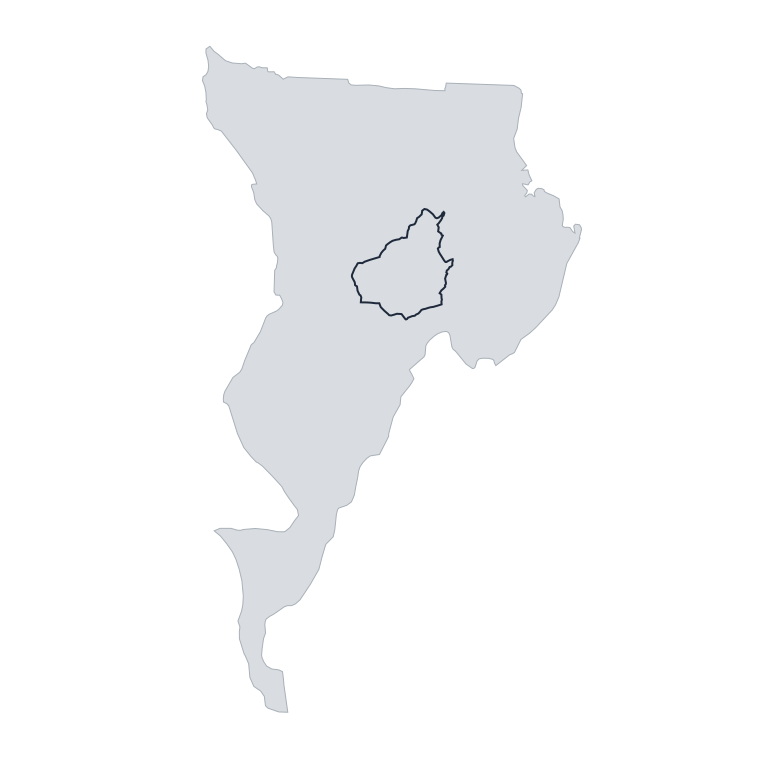 location of Mbam-et-Kim, Centre, Cameroon, rotated 182°
{"feature_id": "32672807B95944109326060", "entity_name": "Mbam-et-Kim", "entity_type": "district", "adm_level": 2, "iso_a3": "CMR", "parent_name": "Cameroon", "parent_adm1": "Centre", "projection": "natural_earth1", "projection_center": [11.781, 5.302], "detail": "fine", "context": "in_parent", "style": "outline", "palette": "slate", "viewbox_px": 768, "rotation_deg": 182, "n_neighbors": 0, "source": "geoboundaries", "source_scale": "gbopen_adm2", "svg_char_len": 5805}
<svg xmlns="http://www.w3.org/2000/svg" viewBox="0 0 768 768"><g transform="rotate(182 384 384)"><path d="M193.2,536.6L194.7,532.1L205.5,510.9L212.3,477.0L215.4,469.0L218.6,463.7L234.3,445.7L240.2,439.9L248.7,433.3L254.7,420.1L256.8,418.7L259.4,417.6L272.9,406.3L274.2,408.5L275.0,411.2L276.0,412.4L280.4,413.3L286.4,413.2L289.9,412.4L291.8,410.2L293.6,403.9L294.7,402.8L296.1,402.5L302.7,406.8L313.5,419.1L316.3,421.3L317.5,423.7L319.8,434.9L321.2,437.6L323.5,438.8L327.7,438.1L332.1,436.1L336.0,433.2L339.8,429.5L342.3,426.2L343.5,423.7L344.0,414.6L344.9,412.6L359.0,399.4L358.7,398.1L356.4,394.4L354.3,390.3L356.4,386.1L358.5,382.8L366.7,371.8L367.2,363.8L373.7,351.3L377.5,334.8L377.6,331.6L386.1,313.4L395.1,311.7L398.5,309.2L402.5,304.6L405.1,300.4L406.3,296.4L407.2,288.7L408.7,279.9L409.7,272.2L412.4,265.1L416.9,261.5L424.7,258.5L425.9,257.1L427.0,252.3L428.1,236.6L429.4,229.6L436.6,221.7L439.8,209.4L442.6,196.5L450.8,180.9L460.4,165.4L464.8,161.2L468.6,159.3L472.9,159.1L475.8,157.9L486.1,150.2L490.5,147.6L493.6,144.9L494.4,142.6L494.7,139.1L493.7,131.1L495.5,125.3L496.5,116.1L496.9,109.0L496.5,106.6L494.6,102.4L491.5,98.0L486.3,95.3L479.2,94.6L475.4,93.0L474.1,84.9L473.5,79.7L468.7,52.6L477.7,52.6L488.5,55.9L491.2,58.3L492.7,67.6L496.6,72.9L503.5,77.2L507.8,86.1L509.5,99.7L513.3,107.8L514.2,109.0L519.6,124.3L519.9,131.4L519.5,136.2L521.7,142.0L518.4,152.1L517.4,158.3L517.2,166.9L519.1,182.2L522.3,194.0L525.8,203.5L529.6,210.9L535.8,219.1L542.4,226.6L548.6,231.3L542.9,234.0L531.8,234.4L525.5,232.8L522.5,232.7L519.4,233.7L507.6,235.1L495.8,234.4L484.7,232.6L478.0,232.9L472.9,237.4L468.7,244.2L464.8,249.6L466.2,255.6L469.1,258.9L474.8,266.2L479.9,273.3L482.6,278.0L492.8,288.4L502.6,297.7L507.3,300.9L509.0,301.6L514.4,306.9L521.9,315.6L528.7,329.3L538.3,356.6L540.4,358.9L543.7,360.3L544.1,363.2L543.8,367.5L542.8,371.0L535.2,385.3L528.5,390.8L526.6,394.1L524.1,402.4L518.0,418.7L515.4,420.9L509.4,431.9L504.5,445.9L503.2,448.0L501.2,449.7L494.2,453.1L491.9,454.8L488.3,459.2L487.8,462.0L489.5,465.9L491.4,469.1L495.1,469.1L497.1,472.1L497.2,493.6L495.5,496.8L495.5,498.2L494.7,501.9L494.5,506.1L495.0,507.7L496.4,509.0L498.4,511.9L499.4,518.5L501.8,541.8L503.0,545.4L504.9,548.0L511.1,553.0L517.6,559.6L519.6,563.9L520.9,570.9L523.3,576.4L523.3,578.3L522.3,579.0L518.2,579.5L519.6,583.5L522.9,590.5L539.5,612.0L555.4,631.1L559.1,632.5L561.9,633.0L563.1,634.1L564.6,636.9L569.9,643.8L570.9,647.9L569.7,651.7L570.9,657.7L571.8,659.9L571.5,661.8L572.1,669.1L573.6,675.5L576.0,680.9L575.6,684.7L572.6,686.9L570.8,690.4L570.3,695.4L571.2,701.4L573.5,708.5L573.6,712.6L569.8,715.4L565.5,710.6L560.8,707.3L553.8,701.6L546.7,699.5L537.5,699.1L533.6,699.8L526.8,695.2L524.6,694.5L521.6,696.5L519.5,696.6L516.9,695.8L511.7,695.9L511.2,692.6L510.3,691.9L504.7,692.2L502.9,689.5L502.2,689.8L499.9,688.9L495.4,685.1L490.7,687.6L480.8,687.3L430.9,687.2L429.7,683.6L427.2,681.7L422.7,681.5L409.5,682.3L399.4,681.7L392.6,680.3L384.1,679.4L373.7,680.1L362.9,680.1L343.8,679.1L333.3,679.2L333.5,681.4L332.8,683.0L332.3,686.9L264.6,686.9L259.1,684.2L257.4,682.5L256.8,679.3L255.6,678.9L256.6,665.3L258.9,653.9L259.8,643.4L263.0,633.9L261.3,624.6L259.4,620.5L249.1,607.3L253.8,602.3L247.7,603.0L246.3,598.1L243.3,592.2L245.2,591.2L247.0,588.0L252.5,589.0L252.4,587.4L247.5,582.5L248.0,580.0L250.0,577.2L249.0,576.0L245.6,578.9L243.1,578.8L241.1,576.9L239.7,576.6L240.6,580.4L238.6,583.8L236.8,585.0L233.6,584.8L231.0,583.9L230.4,582.0L227.9,580.6L221.2,578.1L215.5,575.1L214.3,567.1L212.1,563.6L211.1,559.7L210.6,555.2L211.4,548.3L209.9,547.2L208.3,546.8L205.8,547.1L203.5,546.7L200.8,542.9L198.4,541.5L199.9,548.5L198.2,550.4L194.1,549.9L192.4,547.2L192.0,545.2L193.9,536.7L193.2,536.6Z" fill="#d9dde1" stroke="#a8b0b8" stroke-width="1"/><path d="M364.9,449.6L364.5,449.3L364.3,449.3L363.3,449.7L362.3,451.1L361.5,451.4L358.2,452.8L355.6,453.3L354.4,454.5L352.0,455.7L351.0,456.9L350.5,457.5L349.1,459.4L347.0,460.2L345.5,460.5L341.3,462.0L339.7,462.4L337.4,462.8L333.4,464.1L331.1,464.9L329.2,465.6L329.5,468.3L329.1,470.6L329.5,471.7L329.7,474.6L329.8,475.4L331.6,476.7L329.9,479.6L328.3,481.0L326.2,483.3L326.5,484.8L325.8,485.8L325.6,487.0L326.6,491.4L325.5,495.4L324.9,495.6L324.6,496.5L325.6,497.7L325.4,498.5L325.2,499.6L324.0,500.6L323.2,501.7L322.5,503.2L321.8,503.4L321.3,503.6L321.1,503.7L319.8,505.2L320.0,506.5L320.0,506.9L319.9,507.4L319.9,508.1L319.5,509.6L319.8,511.1L320.1,511.0L322.0,510.4L324.7,508.9L325.0,508.7L325.8,508.1L326.9,508.1L328.6,510.0L328.7,510.3L332.2,515.4L332.4,515.6L334.0,518.3L334.9,521.3L334.3,522.0L334.2,522.2L333.1,522.8L333.3,526.4L332.6,529.3L332.6,529.5L330.4,534.4L331.8,535.2L332.0,536.4L333.5,537.3L335.2,538.4L334.8,542.5L336.3,545.1L334.8,546.7L334.7,546.9L333.3,549.0L333.0,549.3L331.7,551.8L331.5,553.4L330.3,554.4L329.6,557.0L330.4,558.0L331.6,556.8L332.4,554.8L335.2,552.2L337.1,551.5L338.4,552.0L338.6,552.2L341.0,555.3L344.5,558.1L347.0,559.8L347.5,559.9L349.7,560.3L351.9,558.5L351.9,557.9L352.3,554.8L353.8,553.3L354.6,552.4L356.7,550.9L357.5,547.9L358.6,545.3L359.1,544.9L359.6,544.5L362.1,543.8L363.2,543.5L364.5,542.0L364.6,539.9L364.9,539.3L365.6,537.8L365.7,537.2L365.9,534.9L366.3,531.2L369.4,530.6L371.2,531.0L371.8,530.7L373.8,529.2L377.2,528.5L380.5,527.4L382.8,525.9L385.8,523.5L386.8,522.5L387.5,519.2L389.3,517.5L391.2,515.1L392.7,511.9L392.8,510.8L402.3,507.6L407.5,505.6L409.9,504.0L412.3,504.2L414.5,503.7L415.7,501.2L417.4,498.4L419.8,491.9L419.8,490.1L418.9,488.3L416.8,484.7L416.3,481.7L414.4,480.6L413.7,476.3L411.7,472.4L410.6,471.8L409.7,469.7L409.9,467.4L410.0,464.8L403.8,464.9L399.9,464.8L394.9,464.4L391.5,464.5L390.4,461.8L389.8,460.6L386.2,457.2L384.0,455.4L382.6,454.3L381.3,453.0L379.3,452.7L377.0,453.4L373.6,454.6L371.4,454.6L368.9,454.5L364.9,449.6Z" fill="none" stroke="#1e293b" stroke-width="2"/></g></svg>